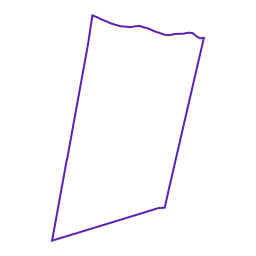 the district of Pedra Grande, Rio Grande do Norte, Brazil
{"feature_id": "56859067B93684977635333", "entity_name": "Pedra Grande", "entity_type": "district", "adm_level": 2, "iso_a3": "BRA", "parent_name": "Brazil", "parent_adm1": "Rio Grande do Norte", "projection": "equal_earth", "projection_center": [-35.857, -5.148], "detail": "fine", "context": "isolated", "style": "outline", "palette": "violet", "viewbox_px": 256, "rotation_deg": 0, "n_neighbors": 0, "source": "geoboundaries", "source_scale": "gbopen_adm2", "svg_char_len": 590}
<svg xmlns="http://www.w3.org/2000/svg" viewBox="0 0 256 256"><path d="M164.7,207.7L168.2,192.1L189.9,98.1L203.9,37.9L200.0,38.3L196.0,36.0L192.7,33.1L189.6,32.7L186.4,33.0L183.0,33.8L178.0,33.8L174.2,34.1L170.6,35.0L166.5,35.1L162.7,34.1L159.1,32.8L155.6,31.7L152.8,30.6L150.0,29.2L146.4,27.9L143.6,27.3L139.6,25.9L134.3,26.4L130.5,27.2L127.6,26.9L124.1,26.5L120.7,26.3L117.6,25.4L114.4,24.5L111.2,23.5L107.9,22.1L104.7,20.7L101.2,19.3L96.9,17.1L92.4,15.4L88.0,44.3L67.4,157.7L66.5,161.4L52.1,240.6L88.6,229.5L158.4,208.1L164.7,207.7Z" fill="none" stroke="#5b21b6" stroke-width="2"/></svg>